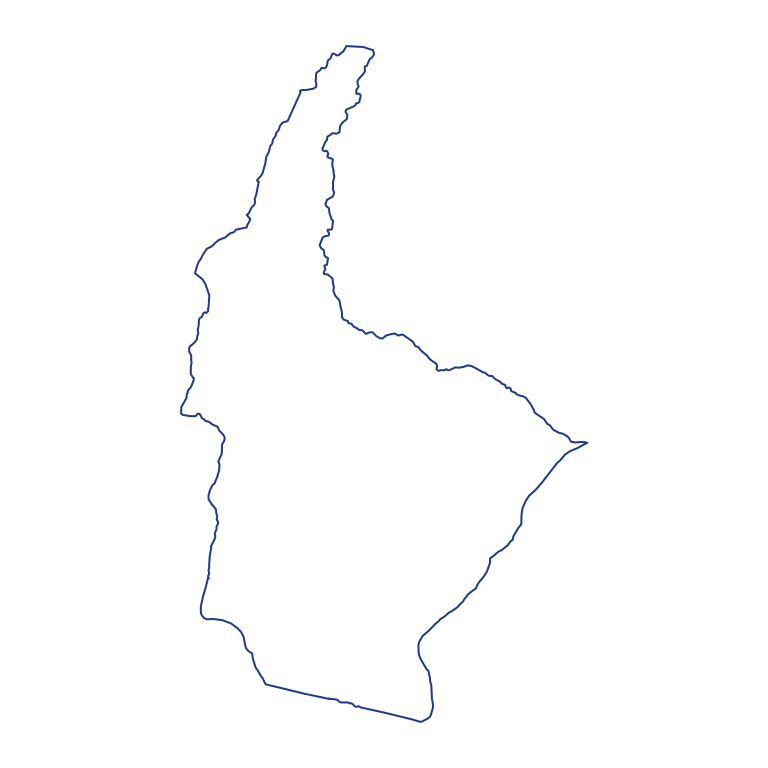 outline of El Pan, Azuay, Ecuador
{"feature_id": "8360857B8773690858711", "entity_name": "El Pan", "entity_type": "district", "adm_level": 2, "iso_a3": "ECU", "parent_name": "Ecuador", "parent_adm1": "Azuay", "projection": "mercator", "projection_center": [-78.655, -2.839], "detail": "fine", "context": "isolated", "style": "outline", "palette": "blue", "viewbox_px": 768, "rotation_deg": 0, "n_neighbors": 0, "source": "geoboundaries", "source_scale": "gbopen_adm2", "svg_char_len": 6074}
<svg xmlns="http://www.w3.org/2000/svg" viewBox="0 0 768 768"><path d="M586.9,442.9L585.2,442.2L580.6,442.0L575.5,442.5L571.0,441.7L568.9,437.9L566.8,435.9L562.7,433.7L558.1,432.5L555.8,430.9L554.1,430.5L552.1,428.3L550.1,425.5L547.0,423.6L544.1,419.1L535.2,413.1L534.4,411.9L533.8,409.7L532.5,407.8L531.5,405.4L525.9,397.9L523.7,396.6L518.6,395.2L516.5,394.2L516.1,393.4L514.7,392.5L511.3,391.2L510.7,389.0L509.9,388.0L508.8,387.6L506.9,388.3L505.8,387.0L504.9,384.8L501.9,383.7L500.2,381.8L495.2,379.1L492.2,376.0L489.3,375.9L488.4,375.5L484.8,372.7L482.9,372.2L472.3,366.4L470.5,365.8L468.2,365.5L466.9,365.4L465.7,366.3L464.7,366.3L463.1,367.1L461.3,367.2L459.4,367.7L455.9,367.4L454.9,367.6L449.3,370.2L448.2,370.2L446.2,369.2L444.8,370.2L440.8,370.2L438.6,370.9L436.7,369.5L436.6,368.2L437.0,366.7L437.0,365.2L436.1,363.7L430.0,359.4L427.1,355.7L420.1,349.7L418.6,347.3L415.3,346.0L413.2,342.3L411.7,340.8L403.0,334.8L401.8,334.6L398.3,335.5L397.2,335.1L395.4,333.7L393.9,333.6L390.2,334.3L385.9,335.7L382.6,338.4L380.0,338.3L376.2,336.0L372.5,332.3L369.5,332.3L366.7,333.7L365.7,333.7L362.3,330.3L359.1,329.9L357.1,328.3L353.3,326.4L351.4,323.6L348.8,323.4L348.3,322.9L347.8,321.1L343.7,319.6L341.9,317.1L342.0,312.3L340.4,306.3L340.0,302.4L338.8,299.6L335.5,296.0L333.4,291.4L333.9,286.5L333.1,284.2L332.6,279.0L331.2,277.3L327.8,274.5L324.6,274.1L323.8,273.6L323.9,272.1L325.4,268.8L324.5,267.0L324.4,265.8L324.9,265.3L326.5,265.1L327.0,264.7L328.0,258.3L327.4,257.6L325.8,257.1L324.3,255.0L324.1,250.9L323.1,249.5L321.2,248.2L319.6,245.3L322.6,237.6L324.4,236.4L328.2,235.6L329.1,234.7L328.9,233.0L327.6,231.0L327.6,230.0L327.9,229.7L331.0,229.7L332.1,228.6L333.1,220.8L331.3,219.0L330.8,216.6L329.5,213.3L328.9,208.3L326.3,206.1L325.4,204.1L327.0,199.8L332.4,196.8L333.3,195.5L334.0,192.9L333.8,191.3L333.0,190.0L333.1,181.6L334.4,176.2L333.6,174.0L333.6,170.8L332.2,165.1L332.8,159.4L332.0,158.6L329.2,158.0L328.0,157.2L327.4,156.2L328.3,153.7L327.6,152.0L326.7,150.9L324.5,151.2L323.7,151.0L322.5,149.7L322.4,148.8L325.3,142.0L327.0,139.9L327.3,137.0L327.6,136.6L330.8,134.6L331.8,133.6L333.0,133.3L336.6,133.6L339.4,132.4L340.1,126.3L340.7,124.9L342.8,122.3L346.2,119.6L347.0,118.5L347.3,114.7L345.8,112.4L345.5,111.5L346.3,109.6L353.8,106.4L355.3,105.3L356.1,103.5L358.3,102.8L359.4,102.0L359.8,99.1L360.6,97.0L360.5,94.9L359.4,93.8L356.4,93.7L356.2,92.9L356.4,89.9L358.6,86.6L357.7,84.2L357.4,81.3L358.6,79.0L362.4,75.0L364.9,71.4L364.8,66.7L366.7,65.9L369.7,59.3L371.9,57.5L372.8,56.4L373.9,54.5L373.9,53.2L372.8,49.8L371.0,49.6L363.3,47.0L346.3,46.1L345.2,48.4L342.5,52.3L341.6,52.5L339.0,54.9L337.8,55.4L336.7,55.3L333.9,53.7L332.6,53.6L332.0,54.4L330.5,58.4L328.3,60.2L327.6,61.3L327.1,64.9L326.0,67.4L324.3,68.3L322.3,67.9L321.4,68.2L320.0,70.3L316.9,72.4L316.2,73.4L315.7,81.2L316.5,85.3L316.0,87.0L313.3,88.7L306.9,89.9L301.4,90.1L300.2,90.8L300.0,91.6L300.5,92.5L287.6,121.1L283.4,122.2L281.8,123.5L280.0,125.8L278.9,129.3L278.1,130.8L276.0,133.2L275.7,135.5L272.9,139.9L272.2,143.6L270.3,146.0L268.9,151.7L266.2,157.0L265.4,163.1L262.7,172.7L261.5,175.1L257.2,180.0L257.5,181.2L258.7,181.6L258.5,183.1L256.1,195.2L254.7,198.7L255.1,202.2L254.4,204.5L253.6,205.6L252.3,206.7L251.0,208.6L248.8,213.2L246.8,215.1L249.9,218.5L250.2,219.3L249.2,221.9L247.2,225.1L246.7,227.4L236.0,229.7L233.7,232.3L230.9,233.0L228.0,235.0L225.4,237.4L219.1,239.8L214.9,243.1L213.9,244.4L211.2,246.7L206.8,248.8L203.1,254.4L200.5,259.4L199.1,261.1L197.5,264.6L195.3,272.0L195.1,273.4L202.6,279.4L205.5,284.3L207.5,290.0L209.3,295.6L208.6,306.7L208.0,309.8L208.3,310.9L206.5,312.8L204.6,312.4L203.5,313.1L202.0,316.7L199.6,318.4L198.9,320.5L198.7,325.0L197.7,330.2L198.3,333.2L197.2,336.4L197.0,339.3L193.9,343.2L190.1,346.2L189.0,348.5L189.5,352.5L190.6,354.0L191.3,356.8L191.1,359.8L191.6,362.7L190.8,367.1L190.8,374.0L192.7,377.2L193.7,378.1L193.8,379.6L192.0,384.6L190.5,387.6L187.7,390.9L187.7,392.7L186.9,393.7L186.4,398.1L181.3,407.1L181.1,413.4L182.7,414.9L189.9,416.1L195.5,416.2L197.9,413.6L199.5,413.9L200.9,415.8L201.8,418.1L204.1,419.4L205.3,420.7L209.4,422.1L212.4,424.5L217.1,426.5L218.1,427.6L219.1,430.4L223.6,435.2L224.4,436.8L224.7,438.5L224.2,440.9L222.1,444.4L221.7,454.0L218.3,461.5L219.5,464.6L219.1,470.5L216.9,477.9L215.5,480.8L215.1,482.5L214.4,483.6L212.9,484.7L211.8,486.4L209.8,490.6L208.5,495.8L208.5,498.8L210.0,501.7L211.1,502.8L211.5,504.2L213.2,505.8L215.9,509.4L216.4,513.9L217.1,515.3L217.2,517.0L216.7,519.4L218.2,522.2L217.8,524.1L216.5,526.9L216.5,529.4L214.9,532.9L214.8,534.9L215.4,536.1L214.8,538.8L211.0,546.3L211.2,547.6L209.7,556.6L209.1,565.8L209.4,566.5L208.6,569.9L209.2,573.8L208.2,575.8L208.1,577.4L208.6,578.0L208.0,578.1L205.2,589.1L203.2,595.8L200.8,606.5L200.9,613.2L202.1,615.7L204.1,618.2L207.4,619.4L212.9,618.9L222.0,620.1L230.8,623.3L237.7,628.3L241.5,632.6L243.7,637.3L245.2,645.3L246.1,648.4L248.9,651.5L251.8,653.0L252.3,654.2L252.8,658.6L255.7,667.7L257.3,669.8L261.7,677.2L262.6,678.0L265.2,683.7L266.0,684.4L303.8,693.6L329.0,698.9L329.3,698.5L329.9,699.0L331.8,698.9L336.7,699.6L337.5,699.9L338.1,700.8L340.0,702.1L341.1,702.5L347.8,702.4L349.6,703.3L351.5,703.3L352.7,704.1L354.7,706.2L355.6,706.7L356.6,706.8L358.2,706.2L359.6,706.6L360.6,707.4L385.5,712.9L411.7,719.3L420.5,721.9L422.5,721.3L426.9,719.0L429.6,717.1L430.7,715.5L433.0,707.3L432.9,704.1L431.9,698.4L431.3,685.1L430.2,681.3L429.9,677.8L428.4,671.1L427.8,670.1L426.8,669.5L425.7,667.7L420.5,658.8L419.1,655.1L418.6,651.8L418.4,645.2L419.1,642.0L422.6,636.0L429.3,630.2L435.6,623.6L438.7,621.2L440.3,619.2L444.2,616.7L449.0,612.6L451.8,611.2L457.8,606.9L459.2,605.1L463.1,601.3L464.4,598.9L466.3,596.9L467.1,595.3L471.0,591.9L476.1,588.2L476.8,585.9L478.7,582.6L483.9,576.4L487.0,571.4L489.9,563.2L490.1,558.4L494.5,555.2L495.8,553.8L499.0,551.3L501.6,550.2L507.8,545.2L510.3,541.6L512.9,539.5L512.9,538.1L513.6,535.9L518.3,528.0L521.3,524.2L521.5,514.9L522.5,508.2L525.9,500.7L529.0,495.8L535.6,489.9L541.7,482.9L557.2,462.9L560.4,460.2L564.8,454.8L569.6,451.4L577.2,448.2L586.9,442.9Z" fill="none" stroke="#1e3a8a" stroke-width="2"/></svg>